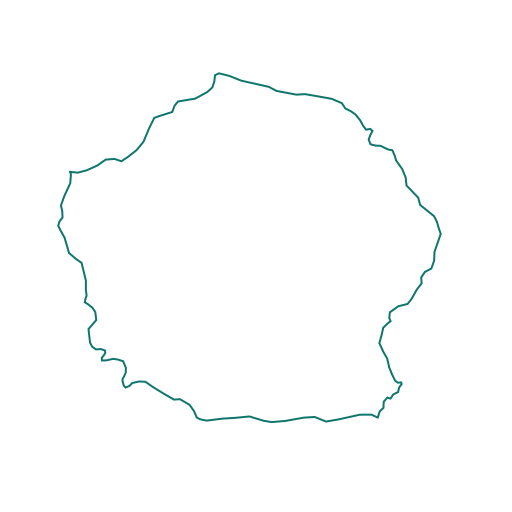 San Antonio, Canelones, Uruguay (Natural Earth projection), rotated 256°
{"feature_id": "84410073B59518744288297", "entity_name": "San Antonio", "entity_type": "district", "adm_level": 2, "iso_a3": "URY", "parent_name": "Uruguay", "parent_adm1": "Canelones", "projection": "natural_earth1", "projection_center": [-56.083, -34.423], "detail": "fine", "context": "isolated", "style": "outline", "palette": "teal", "viewbox_px": 512, "rotation_deg": 256, "n_neighbors": 0, "source": "geoboundaries", "source_scale": "gbopen_adm2", "svg_char_len": 2070}
<svg xmlns="http://www.w3.org/2000/svg" viewBox="0 0 512 512"><g transform="rotate(256 256 256)"><path d="M69.8,335.0L75.3,338.5L77.8,342.9L83.7,344.7L86.8,349.2L85.1,352.0L88.5,355.8L89.6,360.9L93.9,363.2L96.5,366.3L98.2,366.3L98.8,362.9L101.2,360.9L107.9,359.4L115.7,358.3L124.6,358.5L131.7,356.5L141.6,354.6L148.8,358.7L155.6,362.1L158.5,367.0L160.2,370.8L163.7,370.3L169.0,372.3L170.6,376.4L172.8,381.9L172.8,391.5L176.6,396.4L184.5,403.9L189.4,410.1L195.2,411.1L199.7,416.0L201.4,423.1L208.5,427.8L216.7,430.1L225.1,435.6L232.8,440.6L238.1,440.1L245.4,439.8L251.6,438.4L265.8,427.6L273.4,427.5L288.0,419.1L296.0,420.2L305.0,418.9L315.0,415.0L319.5,414.9L325.6,413.9L327.4,409.9L332.8,403.4L334.2,398.7L336.7,394.1L341.7,393.5L346.0,396.4L349.1,399.3L351.7,397.6L351.9,393.4L356.4,391.5L362.7,389.8L369.3,386.7L373.3,383.3L377.5,378.4L383.5,376.3L390.2,367.5L395.4,355.9L401.2,342.7L402.8,334.2L411.2,315.9L417.1,309.2L429.7,284.1L437.2,273.7L442.2,264.2L441.3,260.0L435.3,257.7L430.1,254.4L426.8,248.2L423.4,235.1L424.8,217.7L421.6,213.4L416.0,209.6L415.2,196.2L414.6,190.7L405.5,183.0L394.1,174.5L387.7,165.9L383.0,155.4L380.5,148.3L384.4,142.3L385.9,133.5L382.2,124.0L380.1,112.4L380.0,103.2L382.6,96.0L379.7,96.1L371.6,93.4L360.4,84.4L352.1,78.9L346.6,78.9L340.2,77.6L337.2,73.8L333.2,71.4L328.1,72.5L320.1,74.7L304.1,75.3L296.6,80.7L291.5,85.1L273.3,85.0L264.5,82.8L258.4,82.0L255.6,80.1L252.5,78.7L250.2,81.0L245.5,84.7L240.5,86.5L232.5,85.5L225.6,75.8L218.9,74.9L211.9,74.0L207.4,75.2L204.1,78.2L203.2,83.0L200.9,86.6L198.4,86.3L196.0,83.8L194.5,81.7L191.8,81.4L190.9,85.8L190.8,92.4L189.0,96.9L186.0,101.6L179.1,102.7L174.4,101.4L171.0,98.8L168.9,96.7L166.1,96.2L162.3,96.4L159.9,97.6L160.6,101.8L162.7,105.2L162.5,112.4L160.7,118.3L153.7,124.4L144.3,133.6L136.5,141.7L135.5,147.5L127.7,155.5L120.6,158.3L116.3,159.0L113.5,159.5L110.9,162.6L108.2,168.4L106.3,184.3L104.0,196.6L101.9,210.8L94.3,223.5L91.1,230.9L88.9,244.3L87.6,263.3L85.6,274.0L78.4,284.0L77.5,296.4L76.9,318.3L74.1,329.7L69.8,335.0Z" fill="none" stroke="#0f766e" stroke-width="2"/></g></svg>